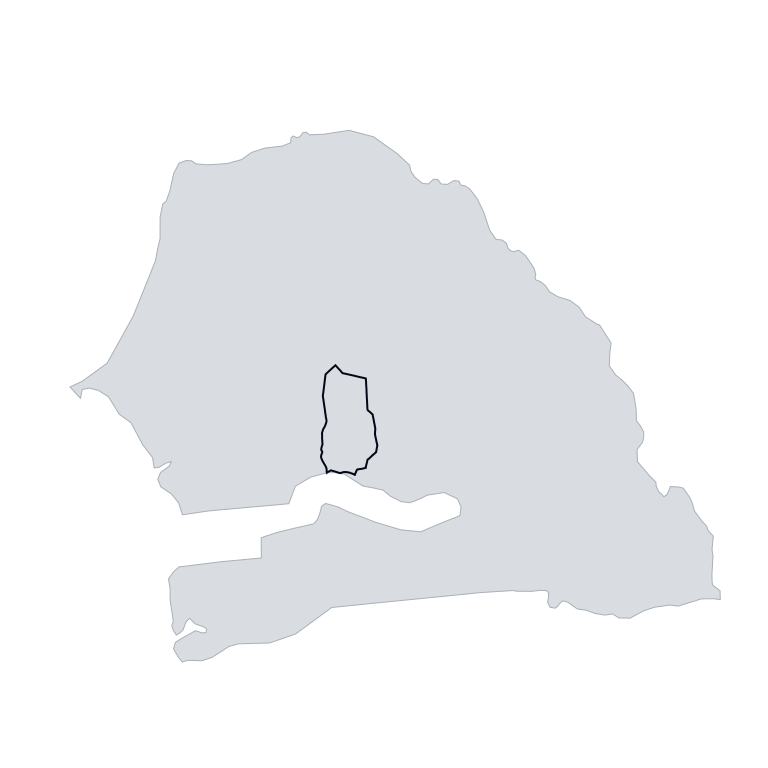 location of Koungheul, Kaffrine, Senegal, rotated 354°
{"feature_id": "50182788B42114348275286", "entity_name": "Koungheul", "entity_type": "district", "adm_level": 2, "iso_a3": "SEN", "parent_name": "Senegal", "parent_adm1": "Kaffrine", "projection": "natural_earth1", "projection_center": [-14.806, 14.237], "detail": "fine", "context": "in_parent", "style": "outline", "palette": "ink", "viewbox_px": 768, "rotation_deg": 354, "n_neighbors": 0, "source": "geoboundaries", "source_scale": "gbopen_adm2", "svg_char_len": 8178}
<svg xmlns="http://www.w3.org/2000/svg" viewBox="0 0 768 768"><g transform="rotate(354 384 384)"><path d="M604.5,347.8L614.1,366.9L612.0,376.1L609.9,389.4L615.3,399.2L621.6,405.5L626.2,411.4L631.2,419.4L632.1,435.4L631.2,447.0L634.5,452.2L637.2,458.8L636.7,464.3L634.9,469.1L628.8,475.6L627.9,487.6L637.8,502.1L644.1,510.0L644.1,514.5L645.9,519.5L650.6,525.3L653.5,523.9L656.6,519.2L658.0,515.9L666.5,517.3L670.6,518.8L676.0,528.3L678.1,534.6L679.4,542.6L685.1,552.5L690.1,559.4L691.1,563.8L695.6,569.7L692.9,582.8L693.2,589.5L690.3,607.0L689.6,615.3L689.8,618.4L696.6,624.7L695.9,633.5L689.1,632.0L677.2,630.9L653.3,635.6L645.1,633.7L629.5,634.3L618.3,636.8L604.2,642.6L593.2,641.2L587.3,636.6L579.4,636.9L570.6,634.5L561.2,630.1L552.7,627.9L543.4,619.8L539.1,618.4L536.0,620.5L533.5,623.2L530.8,624.8L525.8,623.4L523.9,617.9L525.5,612.6L525.9,608.5L523.6,606.3L517.9,605.6L508.8,605.6L494.1,603.9L490.7,602.9L457.8,601.5L423.7,601.4L394.8,601.2L358.2,601.0L332.6,600.9L308.6,600.8L290.1,611.6L270.1,623.3L243.1,629.6L212.1,627.2L202.2,628.9L192.0,634.1L184.4,637.9L173.8,640.2L160.0,638.3L154.4,639.4L150.9,634.1L147.0,625.5L149.5,619.1L157.9,615.1L170.6,609.7L177.2,612.5L181.1,612.6L181.8,609.2L180.6,607.4L171.0,602.7L166.1,596.6L162.0,600.2L158.4,607.7L155.5,609.9L151.2,612.0L148.7,606.9L147.7,602.0L149.7,598.1L148.7,576.6L149.9,565.2L149.3,555.2L155.3,548.6L161.0,544.5L183.1,544.1L203.7,543.7L223.6,544.0L243.8,544.2L245.8,524.1L252.2,522.6L261.8,520.5L279.6,518.1L299.5,515.7L303.7,511.8L307.0,505.1L309.1,499.2L313.2,496.7L318.8,498.7L326.1,501.8L333.6,506.6L342.3,511.1L348.1,513.9L361.9,521.0L385.6,530.8L405.1,534.8L428.7,527.6L445.7,522.9L447.8,514.3L445.1,505.9L432.5,498.2L415.3,499.1L410.0,501.1L401.9,503.7L397.1,504.7L389.0,502.9L378.7,496.3L372.2,489.6L363.1,486.4L352.4,483.3L335.1,469.5L326.1,467.0L317.6,466.3L301.2,469.0L285.2,476.4L276.8,493.1L260.8,492.9L226.8,492.3L195.6,491.9L169.9,493.0L167.3,480.8L161.2,471.2L151.3,462.9L149.1,455.2L152.5,448.6L162.1,443.1L164.3,439.1L159.3,439.7L151.7,443.3L146.7,443.5L146.1,432.9L137.7,419.2L128.3,396.0L117.6,386.5L108.6,367.8L99.3,360.6L90.6,357.3L83.3,357.9L80.6,366.5L71.4,354.2L84.0,349.8L110.9,334.3L141.8,290.1L169.5,237.7L173.2,225.4L176.5,216.0L178.8,194.6L182.8,181.8L186.5,179.4L191.2,169.6L196.9,152.5L203.3,142.9L210.5,141.1L216.0,141.9L220.0,145.4L231.6,147.6L250.9,148.4L265.9,145.9L276.4,139.9L290.2,136.9L307.4,136.8L316.4,134.3L317.3,129.4L319.5,127.9L323.1,129.9L326.5,129.1L329.6,125.6L332.8,125.4L335.9,128.4L350.2,129.3L375.8,128.1L399.5,137.1L421.2,156.3L432.4,169.1L433.1,175.6L436.7,182.0L443.2,188.5L449.1,189.7L454.5,185.6L458.7,186.1L461.8,191.1L468.0,192.1L474.9,189.0L479.8,190.1L480.7,193.0L481.8,194.6L485.2,195.3L489.7,199.1L496.0,209.3L501.1,223.5L505.1,241.8L510.4,251.7L516.8,253.3L520.6,257.1L521.4,261.4L523.3,264.4L526.4,266.0L531.9,265.0L538.3,271.2L545.3,284.6L546.4,290.6L545.3,293.9L545.7,296.2L550.3,298.5L554.7,302.9L558.2,309.5L565.9,315.3L577.7,320.4L586.2,328.1L591.4,338.3L602.2,346.8L604.5,347.8Z" fill="#d9dde1" stroke="#a8b0b8" stroke-width="1"/><path d="M317.9,466.3L318.0,466.2L318.3,465.9L319.0,465.7L319.4,465.5L319.9,465.3L320.4,465.1L320.9,464.9L321.9,464.4L322.4,464.4L323.1,464.7L323.9,465.1L325.6,465.7L327.2,466.4L328.4,467.0L328.5,467.0L328.9,467.1L329.0,467.2L329.2,467.3L329.3,467.4L329.6,467.5L329.9,467.5L330.4,467.7L330.5,467.8L330.8,467.8L331.0,467.9L331.5,468.1L331.8,468.0L332.0,468.0L332.3,467.9L332.6,467.8L332.9,467.7L333.1,467.6L333.4,467.6L333.7,467.5L333.9,467.4L334.2,467.4L334.5,467.4L334.8,467.4L335.1,467.4L335.4,467.4L335.7,467.4L336.0,467.5L336.5,467.5L336.8,467.6L337.1,467.7L337.3,467.7L337.5,467.7L337.6,467.8L337.8,467.9L338.1,467.9L338.3,467.9L338.5,467.9L338.8,468.0L339.1,468.2L339.4,468.3L339.7,468.4L340.0,468.4L340.1,468.5L340.4,468.5L340.5,468.6L340.8,468.7L341.1,468.8L341.3,469.0L341.5,469.1L341.8,469.2L342.2,469.4L342.4,469.5L342.6,469.6L342.8,469.6L343.0,469.8L343.3,470.0L343.8,470.2L343.9,470.3L344.3,470.4L344.4,470.6L344.6,470.7L344.9,470.8L345.0,471.0L345.4,471.3L345.5,471.3L345.5,471.2L345.7,470.9L345.6,470.5L345.8,470.3L346.0,470.2L346.2,469.7L346.3,469.6L346.5,469.5L346.7,469.0L346.8,468.8L347.0,468.5L347.0,468.3L347.2,468.1L347.4,467.7L347.6,467.4L347.8,467.0L348.0,466.6L348.3,466.5L348.4,466.3L348.5,466.2L348.8,466.1L349.2,466.2L349.6,466.2L350.2,466.1L350.8,466.1L351.2,466.0L351.7,466.1L352.3,466.0L352.9,466.0L353.4,466.0L353.7,465.9L354.4,465.9L355.2,465.7L355.9,465.7L356.6,465.6L356.9,465.5L357.0,465.5L357.0,465.4L357.1,465.0L357.2,464.4L357.5,464.1L357.6,463.8L357.6,463.4L357.8,462.9L358.0,462.5L358.2,461.9L358.5,461.2L358.7,460.5L358.9,459.9L359.2,459.2L359.4,458.5L359.7,457.7L359.8,457.4L360.2,457.2L360.8,456.9L361.1,456.7L361.4,456.6L361.9,456.2L362.3,455.9L362.5,455.6L363.1,455.3L363.4,455.0L363.8,454.7L364.0,454.6L364.4,454.3L364.6,453.9L365.2,453.7L365.6,453.4L365.9,453.2L366.4,452.7L366.8,452.5L367.2,452.3L367.7,452.0L368.0,451.6L368.4,451.4L368.6,451.1L369.0,451.0L369.1,450.7L369.2,450.2L369.3,449.9L369.4,449.7L369.5,449.2L369.7,448.7L369.8,448.4L369.9,448.0L370.0,447.6L370.0,447.2L370.2,446.8L370.3,446.5L370.4,446.2L370.5,445.9L370.6,445.6L370.7,445.3L370.8,445.0L370.8,444.7L370.9,444.2L371.0,444.0L371.0,443.9L370.9,443.8L370.9,443.7L370.8,443.2L370.8,442.8L370.8,442.6L370.7,442.0L370.6,441.7L370.6,441.4L370.6,441.0L370.5,440.8L370.5,440.3L370.4,439.9L370.4,439.3L370.4,439.1L370.3,438.8L370.3,438.5L370.3,438.1L370.2,437.8L370.2,437.6L370.2,437.2L370.1,436.9L370.1,436.6L370.1,435.9L370.0,435.7L370.0,435.4L369.9,435.1L369.9,434.8L369.9,434.5L369.9,434.2L369.8,433.8L369.8,433.6L369.8,433.4L369.7,433.2L369.8,432.7L369.9,432.3L369.9,432.2L370.0,431.8L370.0,431.6L370.0,431.2L370.1,430.8L370.1,430.7L370.2,430.4L370.2,430.2L370.3,429.9L370.3,429.5L370.4,429.3L370.4,429.1L370.5,428.8L370.5,428.5L370.5,428.2L370.6,427.9L370.6,427.7L370.7,427.4L370.7,427.1L370.7,426.9L370.6,426.6L370.6,426.2L370.6,425.8L370.5,425.5L370.5,425.2L370.5,424.8L370.5,424.7L370.4,424.5L370.4,424.2L370.4,423.9L370.4,423.5L370.4,423.2L370.3,422.8L370.3,422.4L370.3,422.2L370.2,421.9L370.2,421.6L370.2,421.3L370.2,421.1L370.1,420.9L370.1,420.7L370.1,420.3L370.1,420.1L370.1,419.9L370.0,419.5L370.0,419.3L370.0,419.1L370.0,418.6L370.0,418.3L369.9,418.1L369.9,417.9L369.9,417.7L369.9,417.3L369.8,417.2L369.8,416.9L369.8,416.5L369.8,416.1L369.7,415.7L369.7,415.4L369.6,415.1L369.6,414.8L369.6,414.4L369.6,414.1L369.6,413.6L369.5,413.3L369.5,413.2L369.4,413.0L369.2,412.8L369.1,412.7L368.8,412.4L368.6,412.1L368.4,411.9L368.2,411.6L368.0,411.4L367.6,411.0L367.2,410.5L366.8,410.1L366.5,409.8L366.2,409.5L365.9,409.2L365.5,408.8L365.3,408.6L365.1,408.4L365.0,408.1L364.9,406.8L365.0,405.0L365.2,401.8L365.4,398.7L365.5,395.5L365.7,392.3L365.8,390.2L365.9,389.1L366.1,385.9L366.2,382.7L366.3,381.2L366.4,379.5L366.5,376.6L363.8,375.6L360.9,374.7L358.1,373.7L355.3,372.7L353.6,372.1L352.4,371.7L349.7,370.8L346.8,369.8L343.9,368.9L341.9,366.0L339.8,363.2L337.7,360.3L334.9,362.3L332.2,364.3L329.5,366.3L328.6,367.0L326.9,368.3L326.2,371.1L326.2,371.3L325.7,373.3L325.3,375.0L324.8,377.3L324.3,379.5L323.6,382.4L323.2,384.2L322.9,385.4L322.9,385.6L322.7,386.3L321.9,389.5L321.9,390.1L322.0,391.5L322.1,392.9L322.1,394.3L322.2,395.6L322.2,396.0L322.2,397.2L322.3,398.4L322.3,399.6L322.5,402.7L322.5,404.8L322.6,407.6L322.7,409.1L322.7,410.6L323.0,413.7L323.0,414.3L322.9,415.0L322.6,416.1L322.3,416.8L321.8,417.9L321.4,418.7L321.4,418.8L321.2,419.0L320.5,420.3L320.0,421.0L319.0,422.3L318.7,422.9L318.3,423.7L318.2,423.9L317.5,425.6L317.2,426.3L317.1,428.1L317.0,429.7L316.8,430.8L316.7,433.2L316.6,435.5L316.5,437.8L315.8,439.0L315.5,440.1L315.0,441.2L314.9,441.7L314.7,443.0L315.0,443.8L315.2,444.1L315.4,444.5L315.5,444.7L315.5,445.1L315.4,445.5L315.3,445.8L315.2,446.1L315.0,446.4L314.8,447.0L314.5,447.5L314.2,448.0L314.1,448.4L313.9,449.1L313.8,449.4L313.8,450.0L313.8,450.5L313.9,451.2L314.0,451.6L314.1,451.8L314.3,452.7L314.5,453.0L314.7,453.7L315.0,454.6L315.4,455.4L315.8,456.3L316.0,456.8L316.7,458.3L317.1,459.1L317.1,459.3L317.4,460.0L317.9,461.4L318.0,462.4L318.0,463.3L317.9,464.5L317.8,465.2L317.8,466.0L317.9,466.3Z" fill="none" stroke="#020617" stroke-width="2"/></g></svg>